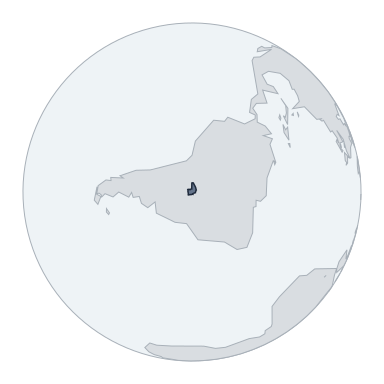 globe centered on Alto Paraguay, rotated 76°
{"feature_id": "PRY-597", "entity_name": "Alto Paraguay", "entity_type": "Department", "adm_level": 1, "iso_a3": "PRY", "parent_name": "Paraguay", "parent_adm1": "", "projection": "orthographic", "projection_center": [-58.696, -20.855], "detail": "fine", "context": "on_globe", "style": "filled", "palette": "slate", "viewbox_px": 384, "rotation_deg": 76, "n_neighbors": 0, "source": "natural_earth", "source_scale": "10m", "svg_char_len": 5437}
<svg xmlns="http://www.w3.org/2000/svg" viewBox="0 0 384 384"><g transform="rotate(76 192 192)"><circle cx="192" cy="192" r="169" fill="#eef3f6" stroke="#a8b0b8"/><path d="M88.9,58.1L88.7,58.3L92.0,55.8L103.4,48.2L115.3,41.5L127.7,35.7L140.6,31.1L153.7,27.4L167.2,24.9L166.6,25.0L161.4,25.8L144.2,30.2L140.8,31.6L141.2,32.2L153.4,30.9L151.8,32.4L153.7,33.8L157.0,32.3L156.8,30.7L163.4,28.7L162.3,27.6L164.9,26.8L165.9,25.8L171.6,25.2L176.5,25.2L176.0,26.2L178.1,26.5L183.4,25.2L186.9,27.3L197.2,29.5L197.4,30.5L189.5,32.2L177.5,32.5L167.2,36.7L179.8,33.4L180.2,36.6L182.8,37.1L186.2,36.8L188.3,35.5L189.7,36.7L177.8,39.9L176.3,38.8L180.1,37.7L174.5,38.1L166.5,41.2L167.3,43.0L154.2,47.1L154.7,48.7L152.1,50.8L152.3,47.9L151.7,53.4L136.5,62.3L135.5,74.2L130.1,66.0L124.2,66.2L117.0,68.0L116.6,69.9L107.5,71.0L98.2,77.7L93.4,88.6L95.3,95.7L105.6,93.0L109.4,87.6L117.4,84.8L110.2,98.8L123.9,97.7L121.6,108.1L125.4,112.8L132.6,110.2L140.0,111.8L145.7,105.0L154.7,100.8L154.5,109.2L159.8,101.1L164.6,104.8L182.8,103.6L181.3,105.6L196.5,115.8L213.6,120.9L217.6,127.8L215.5,131.8L221.6,133.4L221.7,136.2L246.2,143.0L259.0,152.1L258.7,162.2L248.4,172.6L239.8,197.8L221.4,204.9L217.3,215.8L203.9,231.7L192.7,230.2L196.5,238.7L190.8,243.8L183.6,244.2L183.0,250.4L177.8,250.7L181.7,254.6L174.3,263.1L177.7,269.8L172.6,276.8L175.0,280.8L172.7,280.8L170.6,282.5L170.7,284.8L163.1,281.5L159.5,272.6L161.3,267.8L158.2,267.3L161.8,255.3L158.8,257.9L157.4,241.0L160.5,227.1L160.4,189.9L156.4,183.1L143.4,176.4L127.6,153.6L131.3,143.3L128.1,139.2L138.7,124.5L136.2,113.0L132.6,112.0L128.7,116.9L116.5,112.0L112.8,104.4L79.0,101.9L76.2,99.4L77.4,93.3L72.8,80.3L71.7,94.8L68.7,93.4L67.5,89.1L69.8,86.6L71.1,79.6L69.3,79.0L74.6,71.0L86.7,59.9L88.9,58.1ZM134.0,78.7L149.7,82.9L140.1,84.9L142.0,83.4L138.2,81.3L130.8,80.2L122.6,83.1L134.0,78.7ZM142.5,70.5L139.7,70.5L142.5,70.0L142.5,70.5ZM162.7,26.3L164.3,26.1L163.3,26.4L162.7,26.3ZM161.7,26.3L159.4,26.8L158.6,26.9L160.0,26.5L161.7,26.3ZM164.7,25.6L157.4,26.9L156.0,27.1L160.3,26.1L164.7,25.6ZM176.3,288.8L163.9,282.9L170.7,285.4L174.3,281.5L181.2,286.3L176.3,288.8ZM187.4,279.0L192.3,277.1L193.7,278.3L190.7,279.9L187.4,279.0ZM305.6,67.0L303.7,65.2L300.8,63.4L305.1,71.1L301.7,70.2L295.2,66.2L285.6,55.6L294.3,58.9L291.0,56.0L282.4,50.1L285.7,51.9L283.3,50.2L285.8,51.6L284.5,50.6L295.4,58.4L305.6,67.0ZM352.0,246.2L350.7,248.9L345.8,260.5L344.2,261.7L340.7,267.9L336.6,272.5L331.5,275.4L328.3,269.5L332.1,263.3L336.5,249.1L344.4,217.9L349.4,207.1L350.8,197.1L348.1,172.0L349.0,161.5L347.2,155.6L344.2,154.5L341.7,147.6L339.4,146.2L322.4,142.0L314.7,132.4L299.4,108.0L300.6,100.8L296.3,91.5L301.2,70.2L307.2,73.9L316.7,78.5L318.8,80.6L323.1,86.3L333.6,99.9L340.2,110.8L345.9,122.2L350.7,133.9L354.6,146.0L357.6,158.4L359.6,170.9L360.8,183.6L360.9,196.3L360.1,209.0L358.3,221.6L355.6,234.1L352.0,246.2ZM305.4,82.0L306.7,84.5L305.4,82.0ZM183.4,103.5L185.5,105.1L182.6,105.2L183.4,103.5ZM138.4,88.2L141.9,87.9L143.6,88.9L140.9,89.7L138.4,88.2ZM168.6,85.4L172.7,85.9L168.3,86.8L168.6,85.4ZM152.2,83.5L165.2,85.4L156.6,88.3L148.4,87.4L154.3,86.1L152.2,83.5ZM140.2,74.8L142.3,75.1L141.4,76.5L140.2,74.8ZM144.5,70.3L143.7,70.5L142.8,69.6L144.5,70.3ZM180.9,36.4L181.9,36.2L185.3,36.2L183.4,36.8L180.9,36.4ZM201.6,34.0L203.4,36.1L200.8,34.8L198.6,35.7L190.6,34.5L197.2,30.9L195.6,32.6L201.6,34.0ZM181.6,32.6L186.0,33.3L181.0,32.7L181.6,32.6ZM267.2,40.9L270.3,42.4L272.6,43.8L270.5,43.4L267.2,41.2L267.2,40.9ZM269.9,42.1L270.0,42.1L271.4,42.9L281.5,48.7L283.6,50.1L278.4,47.5L278.6,47.2L275.6,45.5L274.1,44.4L264.3,39.3L269.9,42.1ZM240.5,30.2L235.5,28.8L235.8,28.8L234.8,28.6L240.5,30.2ZM173.5,24.1L171.4,24.3L171.5,24.3L173.4,24.1L173.5,24.1ZM182.0,23.3L181.2,23.4L188.3,23.2L185.5,23.6L181.0,23.6L184.1,24.0L178.9,24.2L181.7,24.6L171.9,24.6L167.4,25.1L173.5,24.3L176.3,23.8L176.1,23.8L175.4,23.9L182.0,23.3ZM218.8,25.2L214.7,24.7L213.2,25.2L214.3,26.2L206.9,25.3L201.2,24.0L197.4,23.2L199.1,23.2L218.8,25.2ZM321.6,83.5L317.9,79.3L318.9,80.4L319.0,80.5L321.6,83.5ZM309.3,70.7L309.8,71.0L313.7,75.1L312.7,74.1L309.3,70.7ZM306.6,67.9L309.5,70.7L307.3,68.6L306.6,67.9Z" fill="#d9dde1" stroke="#a8b0b8" stroke-width="1"/><path d="M193.5,190.0L193.5,190.3L193.7,190.5L193.8,190.7L194.0,190.8L193.9,190.8L193.9,191.0L193.9,191.3L194.0,191.4L194.0,191.5L194.3,191.6L194.2,191.7L194.1,191.8L194.3,191.9L194.3,192.0L194.2,192.1L194.3,192.2L194.3,192.3L194.3,192.5L194.4,192.8L194.3,193.1L194.2,193.2L194.2,193.3L194.3,193.4L194.3,193.5L194.1,193.8L194.1,194.0L194.1,194.3L194.2,194.5L194.1,194.8L194.1,195.0L194.0,195.3L193.9,195.5L194.0,195.6L194.0,195.8L194.0,196.0L194.2,196.3L194.4,196.5L193.4,196.2L193.2,196.0L191.9,195.9L191.2,195.8L190.8,195.9L190.7,195.9L190.2,195.6L189.0,195.5L188.9,195.5L188.6,195.5L188.6,195.4L188.5,195.1L188.6,194.9L188.8,193.8L188.9,193.7L189.2,193.5L189.3,193.4L189.1,192.6L188.9,192.3L188.9,192.2L188.8,191.9L188.7,191.8L188.8,191.5L188.7,191.5L188.5,191.4L183.4,190.0L183.1,189.8L183.1,189.7L183.2,189.4L183.3,189.1L183.4,188.9L183.4,188.7L183.5,188.6L183.8,188.5L183.9,188.4L184.0,188.4L185.1,188.2L186.1,187.9L187.0,187.7L187.9,187.5L188.4,187.4L188.6,187.4L189.1,187.4L189.6,187.4L190.2,187.4L190.7,187.4L190.9,187.4L191.0,187.4L191.0,187.5L191.3,187.6L191.5,187.8L191.8,187.9L192.0,188.1L192.3,188.2L192.6,188.4L192.8,188.6L193.1,188.7L193.3,188.9L193.4,189.0L193.5,189.0L193.5,189.4L193.5,189.5L193.5,189.9L193.5,190.0Z" fill="#64748b" stroke="#1e293b" stroke-width="1.5"/></g></svg>